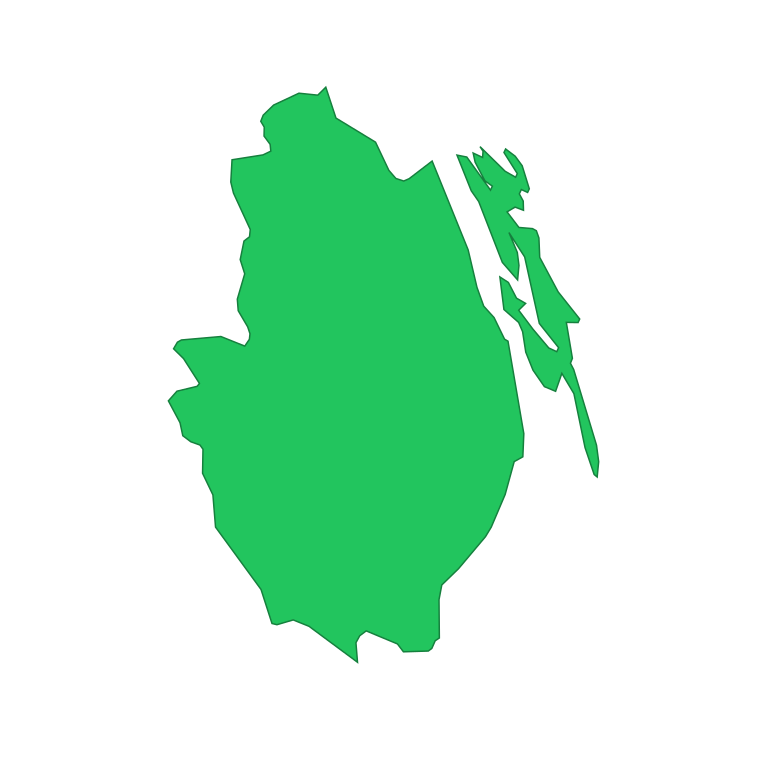 map outline of Licko-Senjska (Natural Earth projection), rotated 205°
{"feature_id": "HRV-1584", "entity_name": "Licko-Senjska", "entity_type": "County", "adm_level": 1, "iso_a3": "HRV", "parent_name": "Croatia", "parent_adm1": "", "projection": "natural_earth1", "projection_center": [15.249, 44.713], "detail": "medium", "context": "isolated", "style": "filled", "palette": "green", "viewbox_px": 768, "rotation_deg": 205, "n_neighbors": 0, "source": "natural_earth", "source_scale": "10m", "svg_char_len": 1972}
<svg xmlns="http://www.w3.org/2000/svg" viewBox="0 0 768 768"><g transform="rotate(205 384 384)"><path d="M434.6,606.4L364.4,541.1L340.6,510.9L326.5,496.7L312.3,490.7L293.7,475.6L289.7,475.2L236.3,398.1L227.4,376.7L233.2,368.7L227.5,335.0L226.3,299.6L227.5,288.5L238.4,248.1L246.7,226.3L243.0,211.8L226.5,177.2L229.1,172.9L228.9,164.6L231.0,160.7L253.2,149.5L262.0,154.1L295.8,152.7L299.6,145.6L300.1,137.7L290.4,120.6L349.6,132.7L366.6,131.8L379.3,120.6L384.3,119.6L408.6,145.8L476.2,183.1L492.2,211.2L510.7,226.4L520.5,248.4L525.0,250.9L534.7,250.0L544.5,252.1L552.5,262.7L572.3,277.6L568.6,290.0L552.4,302.9L551.5,306.5L576.4,322.3L589.6,327.0L588.9,334.6L586.2,338.3L551.9,358.1L526.2,359.5L524.9,367.6L526.7,372.9L531.7,378.2L547.1,388.8L552.8,398.9L556.8,425.0L566.9,436.0L571.3,454.4L568.1,460.6L570.5,467.5L601.1,493.4L608.2,502.3L616.5,523.0L590.5,540.5L585.0,547.2L588.5,553.1L597.5,558.0L601.1,566.2L606.7,570.0L607.1,576.6L601.9,590.2L584.0,611.6L566.1,617.8L562.2,628.4L539.9,604.7L493.9,599.6L469.9,579.7L460.1,575.3L451.9,576.3L448.0,580.7L434.6,606.4ZM223.8,481.6L218.2,477.3L165.5,418.3L156.6,404.3L151.5,389.8L155.3,390.8L174.9,411.3L207.8,455.5L227.3,468.8L225.4,449.9L237.5,449.4L254.8,459.5L269.0,472.8L280.5,490.0L288.0,496.7L306.8,502.2L324.2,530.0L314.2,528.6L300.2,517.8L289.7,516.9L293.1,507.8L272.3,496.7L249.9,486.3L241.1,486.3L241.1,490.7L268.8,504.5L310.2,558.6L334.8,574.1L318.8,559.6L311.8,548.5L306.9,534.8L328.1,544.2L375.3,589.4L386.6,596.0L414.6,622.3L404.9,624.7L369.4,604.7L369.4,609.1L378.4,610.8L395.1,623.5L400.8,631.0L390.4,631.0L392.6,636.8L397.3,639.7L364.1,628.0L352.1,627.0L352.1,631.0L373.1,644.5L373.1,648.4L361.4,645.9L351.0,640.2L334.8,622.3L334.8,618.3L341.7,618.3L341.7,613.5L335.1,608.6L331.0,600.4L340.0,599.7L345.2,592.0L327.9,582.9L315.1,587.6L310.7,587.3L305.3,581.8L296.4,564.6L265.1,541.1L234.1,525.6L234.1,521.7L244.8,516.9L224.1,486.9L223.8,481.6Z" fill="#22c55e" stroke="#15803d" stroke-width="1.5"/></g></svg>